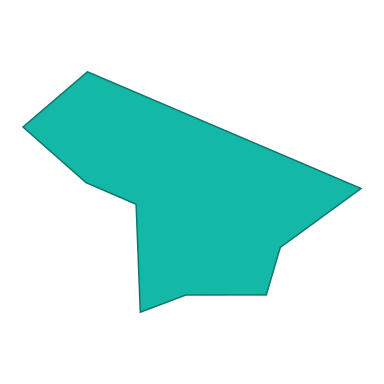 an SVG outline of Kalkara
{"feature_id": "MLT-5950", "entity_name": "Kalkara", "entity_type": "state/province", "adm_level": 1, "iso_a3": "MLT", "parent_name": "Malta", "parent_adm1": "", "projection": "orthographic", "projection_center": [14.531, 35.89], "detail": "fine", "context": "isolated", "style": "filled", "palette": "teal", "viewbox_px": 384, "rotation_deg": 0, "n_neighbors": 0, "source": "natural_earth", "source_scale": "10m", "svg_char_len": 246}
<svg xmlns="http://www.w3.org/2000/svg" viewBox="0 0 384 384"><path d="M87.4,71.8L361.0,188.5L280.3,247.4L266.3,294.9L185.8,295.0L140.3,312.2L136.1,204.3L86.1,182.7L23.0,127.0L87.4,71.8Z" fill="#14b8a6" stroke="#0f766e" stroke-width="1.5"/></svg>